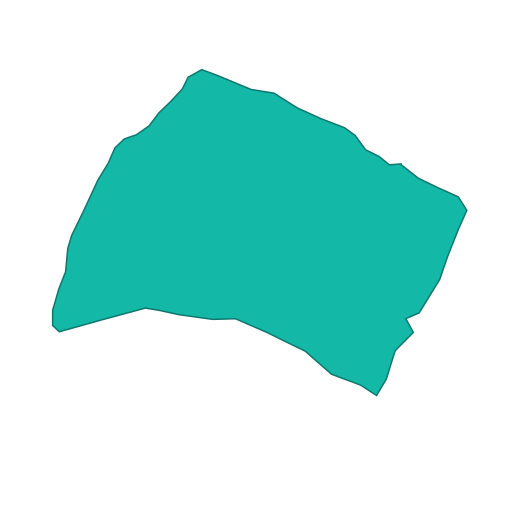 the district of Gbeapo, River Gee, Liberia, rotated 26°
{"feature_id": "62588387B88320605520745", "entity_name": "Gbeapo", "entity_type": "district", "adm_level": 2, "iso_a3": "LBR", "parent_name": "Liberia", "parent_adm1": "River Gee", "projection": "mercator", "projection_center": [-7.976, 5.249], "detail": "fine", "context": "isolated", "style": "filled", "palette": "teal", "viewbox_px": 512, "rotation_deg": 26, "n_neighbors": 0, "source": "geoboundaries", "source_scale": "gbopen_adm2", "svg_char_len": 1019}
<svg xmlns="http://www.w3.org/2000/svg" viewBox="0 0 512 512"><g transform="rotate(26 256 256)"><path d="M127.5,112.1L125.6,112.2L116.6,125.1L116.6,138.0L111.3,155.4L106.0,169.8L103.4,183.1L102.9,185.8L95.4,199.4L86.3,208.5L84.7,212.9L81.8,220.6L82.5,237.3L80.6,257.4L80.7,261.6L81.0,276.8L81.3,290.8L81.3,316.0L81.3,318.1L83.5,331.7L91.8,353.7L93.2,371.9L97.0,393.9L103.7,407.6L112.4,410.3L144.8,381.5L179.5,351.2L182.1,350.5L193.5,347.1L212.3,342.6L244.7,332.0L253.8,327.3L260.0,324.0L265.1,321.4L299.7,319.9L320.2,320.0L341.9,320.0L375.8,329.2L406.7,326.2L423.6,328.3L425.5,328.5L427.1,309.5L424.2,290.9L422.6,280.0L430.9,255.7L418.1,246.6L427.6,235.6L428.6,225.4L430.3,207.6L431.4,196.9L430.4,188.2L430.0,185.5L428.4,171.9L426.2,143.1L425.5,122.6L412.0,114.2L388.6,114.9L367.5,114.9L346.4,110.3L346.0,109.6L335.9,115.6L323.1,112.6L308.0,112.5L292.2,104.2L279.4,101.9L253.8,104.1L228.1,104.8L207.4,102.5L201.0,101.7L178.4,108.5L141.5,110.7L127.5,112.1Z" fill="#14b8a6" stroke="#0f766e" stroke-width="1.5"/></g></svg>